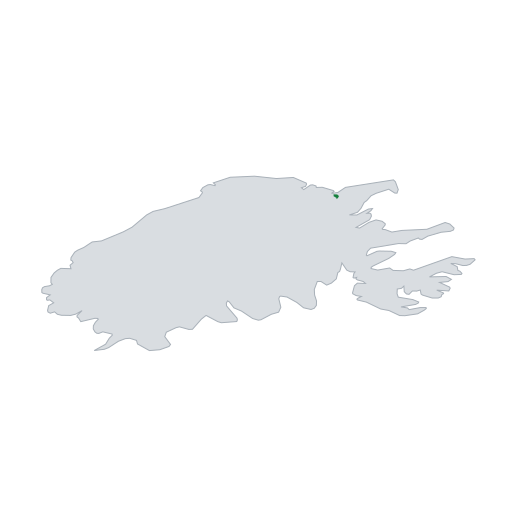 Hveragerðisbær, Suðurland, Iceland shown in context, rotated 173°
{"feature_id": "244011B51739533992730", "entity_name": "Hveragerðisbær", "entity_type": "district", "adm_level": 2, "iso_a3": "ISL", "parent_name": "Iceland", "parent_adm1": "Suðurland", "projection": "robinson", "projection_center": [-21.201, 64.001], "detail": "fine", "context": "in_parent", "style": "filled", "palette": "green", "viewbox_px": 512, "rotation_deg": 173, "n_neighbors": 0, "source": "geoboundaries", "source_scale": "gbopen_adm2", "svg_char_len": 4263}
<svg xmlns="http://www.w3.org/2000/svg" viewBox="0 0 512 512"><g transform="rotate(173 256 256)"><path d="M391.3,189.7L395.8,189.9L403.1,188.1L413.5,183.0L417.9,181.9L428.1,181.9L416.0,186.8L411.6,192.3L408.3,194.9L408.4,196.1L417.3,199.4L421.5,198.3L423.4,198.7L425.1,200.3L426.4,203.4L425.9,206.6L423.5,209.8L420.2,212.5L420.7,213.3L423.5,213.8L437.9,212.2L439.7,216.1L441.1,217.4L440.8,218.8L435.3,223.0L441.9,220.3L447.2,219.6L456.4,220.9L460.3,222.4L462.7,225.1L467.2,224.3L469.3,225.8L469.5,227.5L467.8,232.0L462.5,234.2L465.9,237.5L468.7,237.5L469.2,238.3L469.0,240.2L465.0,242.5L472.0,245.0L473.0,245.9L472.7,248.8L471.7,250.5L469.6,251.4L464.6,251.6L461.6,252.7L462.8,254.5L462.1,259.7L458.4,263.8L454.8,266.1L451.2,267.5L441.2,265.9L441.7,269.5L438.3,271.7L439.0,273.6L440.3,274.5L439.8,276.9L435.5,281.9L432.3,283.5L426.0,285.4L416.9,289.9L407.5,289.8L384.6,296.2L375.5,299.7L359.5,310.1L352.7,312.8L340.9,314.1L305.5,321.0L301.6,325.1L301.4,325.9L303.1,327.5L300.4,330.4L295.1,332.5L292.6,332.5L288.1,330.8L287.6,331.6L289.4,333.8L272.0,337.3L247.8,335.4L226.3,330.4L209.4,329.4L197.3,322.3L197.0,321.2L198.3,319.1L202.6,318.2L200.5,316.1L193.3,319.8L191.0,319.7L187.9,318.2L187.8,316.7L181.8,316.1L171.4,311.6L170.6,310.6L173.1,309.2L172.6,308.9L167.0,309.1L158.8,313.2L110.3,314.8L108.6,312.7L106.7,304.6L108.4,301.2L110.5,301.5L116.1,306.1L129.1,303.6L134.4,301.8L139.3,297.5L142.1,296.0L146.0,290.5L150.0,287.0L158.3,285.4L150.9,284.4L138.7,288.9L134.6,288.9L136.5,286.9L140.7,284.8L137.8,284.6L136.7,283.6L136.6,281.5L138.8,278.2L153.2,272.2L149.8,271.1L139.8,275.6L132.5,277.2L126.6,275.1L123.8,272.3L124.0,271.1L127.5,267.6L127.0,266.9L124.6,266.5L118.2,263.2L108.1,263.6L83.1,261.7L64.2,266.2L59.7,264.1L56.0,259.6L56.8,257.8L60.1,256.8L69.4,257.0L83.0,254.8L89.2,252.2L91.6,252.8L92.7,254.1L101.1,252.1L105.6,249.9L113.1,251.0L141.3,249.8L144.9,246.9L146.4,243.4L145.8,242.7L135.4,245.9L133.0,245.9L121.1,244.2L116.8,242.3L118.2,240.7L124.6,237.4L140.8,231.9L143.0,230.8L143.3,229.5L136.9,227.2L124.8,227.8L121.7,225.0L111.6,223.4L104.9,224.4L101.4,222.7L61.7,231.5L48.9,227.5L39.8,226.8L39.0,225.5L44.5,221.7L48.1,221.0L51.8,221.3L58.7,224.0L63.6,224.9L57.6,220.9L57.4,217.1L55.5,216.1L53.7,213.6L54.5,212.7L61.7,213.3L73.2,217.7L79.0,216.9L86.4,214.1L69.8,212.5L64.9,209.0L68.5,207.2L77.0,207.4L67.6,201.5L67.2,200.4L68.9,197.8L80.8,200.1L74.6,196.6L74.4,195.8L76.2,195.1L77.2,193.0L80.2,192.1L86.2,192.8L95.5,196.9L96.8,198.1L97.1,202.2L100.8,201.6L105.1,202.2L108.8,199.3L111.3,200.0L113.2,202.5L112.9,208.1L115.5,206.2L119.8,206.0L120.6,201.4L119.8,197.8L105.6,193.6L100.1,190.5L100.7,189.5L103.5,188.5L118.3,187.8L112.0,186.0L110.5,184.1L99.2,184.8L93.5,184.1L93.4,183.1L95.7,181.7L102.6,178.9L115.5,178.6L120.7,179.4L130.7,185.7L138.7,188.2L152.1,196.8L160.7,200.0L161.1,200.9L159.7,201.8L156.3,203.0L161.4,204.5L164.5,206.7L164.7,207.6L161.9,214.5L158.7,216.7L150.7,215.4L152.6,217.6L158.3,219.9L159.6,221.2L158.7,222.5L161.4,222.1L162.3,222.8L161.0,226.7L159.6,228.1L164.4,228.9L167.6,230.9L171.6,238.7L173.8,232.7L174.9,230.5L176.8,229.6L179.1,223.5L184.5,219.9L189.4,218.5L194.6,222.8L198.3,223.2L202.2,215.7L202.6,210.1L201.4,204.0L202.1,199.6L204.6,197.0L207.9,196.2L215.1,198.8L221.1,204.9L230.2,211.5L236.4,213.2L237.5,212.9L238.6,210.8L237.6,202.1L240.4,197.5L247.8,196.3L258.9,192.1L261.5,192.0L267.0,194.4L277.1,203.1L284.2,207.2L288.1,213.7L289.7,214.9L291.2,212.9L291.3,210.0L282.4,196.6L282.3,194.8L283.1,193.3L298.5,194.0L301.9,195.5L312.8,203.1L317.9,200.0L328.0,191.0L331.6,191.3L340.6,195.0L344.1,194.6L354.3,191.3L356.4,187.1L351.6,178.6L353.4,176.8L362.9,174.7L373.3,175.1L384.3,183.1L384.9,186.8L391.3,189.7Z" fill="#d9dde1" stroke="#a8b0b8" stroke-width="1"/><path d="M168.4,304.5L168.4,304.4L168.3,304.5L168.2,304.5L167.9,304.7L167.8,304.8L167.7,304.8L167.7,304.7L167.6,304.8L168.0,305.4L167.5,305.6L168.3,306.5L168.8,306.2L169.4,306.7L169.5,306.7L169.5,306.4L169.8,306.3L170.0,306.2L170.3,306.4L170.6,306.5L170.8,306.7L170.9,306.2L170.6,306.0L170.4,306.1L170.2,306.1L170.0,305.9L169.9,305.8L169.9,305.7L169.7,305.7L169.5,305.4L169.4,305.3L169.4,305.2L169.3,304.9L169.2,304.9L168.9,304.8L168.9,304.7L169.0,304.7L168.9,304.7L168.7,304.6L168.4,304.5Z" fill="#22c55e" stroke="#15803d" stroke-width="1.5"/></g></svg>